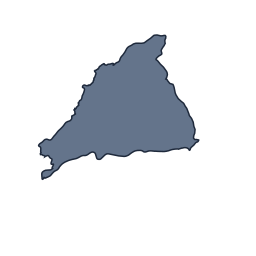 outline of Balangan, Kalimantan Selatan, Indonesia, rotated 220°
{"feature_id": "22746128B67876608948387", "entity_name": "Balangan", "entity_type": "district", "adm_level": 2, "iso_a3": "IDN", "parent_name": "Indonesia", "parent_adm1": "Kalimantan Selatan", "projection": "equal_earth", "projection_center": [115.786, -2.285], "detail": "fine", "context": "isolated", "style": "filled", "palette": "slate", "viewbox_px": 256, "rotation_deg": 220, "n_neighbors": 0, "source": "geoboundaries", "source_scale": "gbopen_adm2", "svg_char_len": 5731}
<svg xmlns="http://www.w3.org/2000/svg" viewBox="0 0 256 256"><g transform="rotate(220 128 128)"><path d="M188.1,161.2L188.8,159.1L188.9,157.9L189.1,157.7L189.2,157.2L189.3,157.0L189.2,156.3L189.3,155.9L189.0,155.5L188.9,155.3L189.0,154.6L189.1,154.3L188.9,154.1L188.8,153.9L189.2,153.3L189.3,152.7L189.5,152.5L189.5,152.3L189.5,151.8L190.2,151.1L190.1,150.8L190.3,150.2L189.6,149.8L189.2,149.9L188.8,149.8L188.5,149.6L188.2,149.6L187.6,149.2L187.4,149.0L187.0,147.9L187.0,147.5L186.6,147.0L186.4,146.3L186.3,145.8L186.0,145.3L186.0,145.0L186.2,144.7L186.1,144.2L185.9,143.9L185.5,143.5L185.4,143.2L185.0,143.0L185.0,142.1L184.5,141.2L184.4,140.7L184.2,140.4L184.3,140.3L184.3,140.1L184.4,139.7L184.3,139.3L184.5,138.8L184.4,138.6L184.4,138.3L184.6,138.0L184.5,137.5L184.6,137.2L184.6,136.6L185.0,136.5L185.1,136.3L185.2,136.0L185.2,135.8L185.3,135.3L185.6,135.1L186.0,135.2L186.0,134.8L186.0,134.7L186.7,133.9L187.5,133.5L188.4,133.2L188.9,133.0L189.5,132.3L189.7,131.5L189.6,130.8L189.2,130.1L188.6,129.9L187.3,130.3L186.6,130.0L186.1,129.6L185.4,128.4L184.7,126.7L184.2,125.2L183.7,123.1L182.6,121.2L182.3,120.5L182.1,119.5L182.3,118.6L182.6,117.9L182.4,117.0L182.3,116.9L182.2,116.4L182.3,115.5L182.2,115.1L181.9,115.0L181.5,115.1L181.4,114.9L180.9,113.9L180.5,113.8L180.7,113.2L180.6,112.9L180.5,112.5L180.4,112.2L180.8,111.2L180.8,110.5L180.5,110.0L180.4,109.5L180.4,109.0L180.5,108.7L181.3,108.8L181.3,108.7L180.9,108.2L181.0,107.4L181.0,107.2L180.9,107.2L180.7,107.0L180.3,107.1L180.0,106.8L179.6,106.7L178.6,105.8L178.2,105.1L177.9,105.0L177.5,105.1L177.4,105.0L177.3,104.9L177.5,104.4L177.6,103.7L178.1,102.6L178.3,101.8L178.7,101.3L178.7,100.9L178.5,100.7L178.3,100.6L178.0,100.2L177.7,99.7L177.1,99.0L177.0,98.4L176.9,97.8L177.0,96.8L177.2,96.0L178.4,94.1L179.0,92.6L179.1,91.9L179.1,90.6L178.9,88.5L178.9,86.8L179.1,84.1L179.5,81.2L179.5,79.4L179.4,77.5L179.4,75.8L179.5,74.3L179.4,72.4L179.3,70.9L179.4,69.8L179.9,68.7L180.8,68.1L182.5,67.5L183.1,67.2L184.1,66.0L184.4,64.9L184.6,62.2L185.4,59.6L185.5,58.7L185.5,58.0L185.2,57.1L184.4,56.8L183.1,57.1L182.6,57.0L182.0,56.6L181.4,56.0L179.9,54.0L179.5,53.6L178.8,53.3L178.7,52.8L178.8,52.4L178.7,52.0L178.5,51.8L178.3,51.8L177.9,51.4L177.7,51.5L177.1,52.1L176.5,52.4L175.3,52.4L175.0,52.6L174.7,52.9L173.6,53.0L173.3,52.9L173.2,52.6L173.1,52.9L173.0,53.2L173.0,53.4L173.1,53.5L172.5,54.1L172.2,54.8L171.7,55.4L170.9,55.7L169.5,55.2L168.2,55.0L166.4,55.3L165.9,54.9L165.3,53.9L165.0,52.9L164.5,51.8L164.0,51.2L163.5,51.0L163.3,51.2L162.9,51.3L162.5,51.8L162.3,51.9L162.0,52.2L161.9,52.3L161.5,52.0L161.3,51.4L161.0,50.2L160.9,49.8L160.9,49.6L160.7,49.4L160.6,49.2L160.6,48.8L160.4,48.5L160.0,48.3L159.8,48.4L159.8,47.8L160.0,47.0L160.4,46.1L162.3,44.3L164.0,42.6L164.9,40.8L165.1,39.9L165.2,38.9L165.0,38.2L164.6,37.5L164.2,37.0L162.3,35.0L161.3,34.3L161.3,33.9L161.1,33.7L160.8,33.4L160.8,33.2L160.6,33.8L160.4,34.0L160.2,34.7L160.2,34.9L160.4,35.1L160.4,35.4L160.4,35.6L160.5,36.2L159.7,36.2L159.6,36.3L159.4,36.3L159.3,36.6L159.0,36.7L158.7,37.2L158.7,37.5L158.5,38.0L158.0,38.6L157.8,39.2L157.0,41.0L156.8,41.9L156.8,42.7L156.8,45.0L156.6,47.1L156.4,47.8L155.4,50.2L155.2,51.1L155.2,52.6L155.5,54.0L155.5,55.1L155.5,56.3L155.4,57.6L155.2,58.8L154.5,61.1L153.4,63.4L152.5,65.2L150.6,68.0L148.1,71.2L147.2,72.9L145.7,76.7L145.0,77.7L144.5,78.3L143.3,79.2L142.7,79.9L142.2,80.7L141.8,81.7L141.2,84.0L140.6,85.6L140.3,86.1L139.7,86.8L138.9,87.3L138.3,87.5L137.3,87.6L136.4,87.3L132.9,85.0L132.1,84.6L131.6,84.6L131.0,84.7L130.5,85.0L129.9,85.5L129.4,85.9L129.0,86.7L128.8,88.4L128.6,90.1L128.4,92.1L128.2,93.1L127.9,93.9L127.5,94.7L126.8,95.3L126.1,95.8L117.1,100.7L114.1,102.8L113.3,103.3L112.3,104.1L111.4,105.2L110.7,106.5L110.3,107.3L110.1,107.9L109.3,111.4L108.4,113.9L108.0,114.7L107.4,115.6L106.2,117.0L105.5,117.6L105.2,117.9L103.9,119.0L102.2,119.8L101.0,119.8L100.4,120.0L99.7,120.4L99.2,120.9L98.8,121.4L97.3,123.8L95.8,125.2L92.3,127.6L92.2,127.8L90.5,129.0L89.2,130.0L85.3,133.1L83.9,134.6L82.4,136.5L81.0,138.9L80.0,140.3L78.5,142.0L76.6,143.8L75.9,144.2L75.6,144.3L75.2,145.1L74.6,146.0L73.9,147.2L73.2,147.8L72.9,148.4L72.0,149.4L70.9,150.2L70.1,150.6L69.1,150.8L68.2,150.9L66.7,150.4L66.5,150.7L66.4,151.2L67.1,152.7L67.1,154.1L66.6,157.2L66.7,160.1L66.3,161.4L65.8,162.0L65.7,162.8L65.9,163.9L66.2,164.0L66.3,164.2L67.5,163.5L67.9,163.4L68.7,162.7L69.5,162.1L70.1,162.2L71.0,162.2L71.6,162.7L72.1,163.6L72.5,163.9L73.2,165.8L73.5,166.8L75.7,170.0L78.6,171.6L81.8,174.4L85.5,176.2L88.7,176.9L89.2,177.1L90.7,178.1L95.6,180.8L98.3,181.5L100.7,182.5L101.4,182.7L104.3,182.6L106.4,182.7L108.4,182.8L112.5,184.2L114.4,185.2L118.5,188.5L120.0,189.5L121.6,190.3L124.7,189.0L128.1,189.7L129.4,190.2L130.5,189.8L130.6,190.4L131.0,191.9L132.1,194.2L133.6,195.5L134.8,196.1L139.9,197.4L144.3,197.7L148.3,198.5L149.6,198.5L150.3,198.4L150.8,198.7L151.0,199.6L151.0,200.8L150.7,202.9L150.0,204.7L149.7,205.8L149.7,206.5L150.5,207.3L151.6,208.0L152.5,208.8L152.9,210.3L153.2,212.4L153.3,214.1L153.9,216.8L154.7,217.3L156.1,218.8L156.6,220.0L156.8,221.0L157.4,221.8L158.0,222.6L159.0,222.8L159.9,222.1L160.8,220.9L162.0,219.7L165.4,218.0L166.4,217.1L167.6,215.8L167.8,215.2L168.4,211.2L169.5,207.2L170.0,204.9L170.5,203.4L172.0,201.7L176.1,198.3L176.7,197.7L177.9,195.8L178.5,193.6L179.5,191.4L179.8,190.5L180.0,189.4L180.0,188.6L179.9,187.6L179.2,184.2L179.0,182.1L178.9,180.4L179.0,178.6L178.9,177.6L178.6,176.2L178.0,174.8L177.7,173.8L177.8,172.6L178.2,171.7L178.7,170.8L179.0,169.9L179.2,168.6L179.2,167.9L179.4,166.9L179.9,166.7L180.4,167.9L181.1,167.8L181.6,167.3L182.9,165.3L184.0,164.3L184.5,163.6L184.7,162.7L185.1,162.1L185.6,162.0L186.3,161.6L186.8,161.4L187.3,161.9L187.8,161.8L188.1,161.2Z" fill="#64748b" stroke="#1e293b" stroke-width="1.5"/></g></svg>